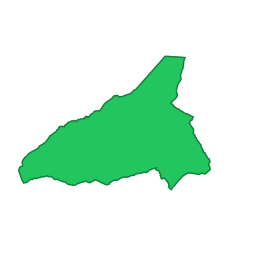 outline of Cidelândia, Maranhão, Brazil, rotated 288°
{"feature_id": "56859067B11209139502927", "entity_name": "Cidelândia", "entity_type": "district", "adm_level": 2, "iso_a3": "BRA", "parent_name": "Brazil", "parent_adm1": "Maranhão", "projection": "albers", "projection_center": [-47.853, -5.056], "detail": "fine", "context": "isolated", "style": "filled", "palette": "green", "viewbox_px": 256, "rotation_deg": 288, "n_neighbors": 0, "source": "geoboundaries", "source_scale": "gbopen_adm2", "svg_char_len": 3459}
<svg xmlns="http://www.w3.org/2000/svg" viewBox="0 0 256 256"><g transform="rotate(288 128 128)"><path d="M43.4,45.9L44.2,46.9L44.8,48.2L46.6,49.6L48.2,50.5L49.3,51.7L49.5,53.0L50.5,53.9L51.6,54.9L51.4,56.3L52.6,57.5L53.8,59.9L55.1,60.9L55.1,62.0L55.5,62.8L56.2,63.9L57.5,65.9L57.1,67.3L57.9,69.3L57.7,70.7L57.4,72.0L57.2,73.1L56.3,73.8L56.6,74.8L57.1,76.0L57.5,76.8L57.0,79.0L57.0,80.3L56.8,83.5L57.2,85.2L56.5,86.5L56.1,87.8L56.0,89.9L56.5,91.3L56.4,92.3L56.5,93.3L57.1,94.6L57.8,95.9L59.5,97.3L61.9,100.4L62.5,101.6L63.4,102.7L64.4,105.0L64.0,107.5L64.1,108.5L64.8,109.3L65.6,109.9L66.2,110.8L67.6,111.9L68.8,112.6L67.2,124.8L68.7,127.4L69.6,127.2L71.9,128.8L73.7,130.6L75.4,134.4L78.0,136.4L79.2,137.9L80.6,140.5L80.7,141.6L81.8,143.8L83.8,145.8L84.3,146.8L84.7,148.3L86.7,149.6L89.0,154.2L90.1,155.9L91.0,157.0L91.0,158.6L91.8,159.7L93.3,160.9L94.7,161.3L95.5,162.9L96.4,163.4L98.1,166.1L98.8,167.1L97.0,167.2L96.8,168.6L97.0,170.0L96.3,171.3L94.9,172.0L94.0,173.3L92.9,173.3L91.9,174.2L90.4,175.0L90.0,176.1L91.5,177.8L90.7,180.3L89.5,180.9L89.1,182.4L87.5,183.7L86.5,184.7L85.1,184.6L84.1,185.2L83.7,186.1L83.1,186.9L82.8,188.3L85.7,188.8L86.4,189.4L88.5,190.4L93.3,192.2L94.7,192.8L95.8,193.5L99.6,195.2L101.3,196.6L103.1,198.3L103.8,199.2L104.4,201.3L104.9,203.7L105.2,206.0L105.6,208.2L105.7,209.8L106.6,210.8L107.9,212.1L107.9,213.7L108.1,215.5L109.1,216.3L110.0,216.8L111.1,217.4L112.6,218.3L114.1,219.0L115.5,218.0L116.5,217.7L117.4,216.2L119.0,216.0L120.1,216.3L121.4,216.4L122.3,215.7L123.6,214.8L123.9,213.4L124.4,212.5L125.6,211.6L126.0,210.1L127.6,209.7L128.2,208.9L128.2,207.1L129.8,206.8L131.0,205.1L132.1,204.2L133.0,203.1L134.7,202.4L135.3,200.9L136.2,200.0L137.1,198.7L137.6,197.8L138.4,196.8L139.6,196.1L140.1,194.8L141.9,193.7L142.5,192.2L144.6,191.5L146.2,190.9L147.1,190.7L147.8,189.5L148.6,188.8L149.7,186.9L150.6,186.3L151.3,184.9L154.8,185.2L155.2,186.3L156.2,186.5L157.7,186.4L158.6,186.7L158.8,185.0L158.7,183.5L159.6,182.1L159.7,179.7L159.5,177.6L160.5,174.3L160.6,172.5L161.7,170.4L161.5,168.4L162.2,166.8L162.4,165.6L164.2,163.1L164.4,161.2L167.3,162.1L171.1,164.3L172.8,164.8L174.8,164.6L176.0,164.0L178.1,162.5L181.3,162.1L185.0,162.0L188.0,162.7L189.5,163.3L191.1,163.3L194.2,161.7L195.2,161.5L197.4,161.7L198.9,161.4L201.2,161.8L202.5,161.7L206.0,161.0L208.5,160.4L212.6,160.5L210.7,152.4L209.9,149.7L208.9,145.7L207.7,141.2L167.0,123.5L165.9,122.2L164.9,121.6L162.9,120.5L161.1,119.4L159.4,116.8L157.5,114.4L155.8,112.4L154.9,109.8L155.4,109.0L155.6,107.4L154.5,105.3L153.4,104.2L151.7,103.9L151.1,103.3L150.1,102.6L148.7,101.9L147.9,100.9L145.1,99.0L143.7,98.1L140.3,97.2L138.6,96.8L137.3,96.3L136.2,96.0L135.4,95.4L135.2,94.4L134.6,92.9L134.2,91.7L132.9,90.6L131.4,90.4L130.6,89.1L129.5,88.6L128.3,88.1L126.8,87.8L126.3,86.0L125.4,86.5L125.4,85.6L126.1,84.5L125.0,83.8L124.1,83.2L123.4,83.9L121.8,80.0L121.1,79.2L120.6,78.1L119.6,77.2L118.2,77.0L118.6,75.0L118.0,74.1L117.6,72.9L117.0,71.8L115.9,71.0L115.0,69.4L113.1,68.7L111.0,67.0L109.7,67.5L109.4,65.7L109.0,64.3L108.3,62.7L107.4,62.0L105.6,62.2L104.4,61.1L103.0,61.0L100.7,59.4L99.8,58.7L98.4,57.8L97.3,57.1L96.4,56.2L93.2,55.4L91.4,54.7L89.5,54.2L88.5,53.7L87.7,52.8L86.3,52.1L83.7,49.4L81.6,49.0L79.3,47.4L76.4,44.4L74.6,42.8L72.9,41.5L70.9,40.6L69.5,40.3L68.4,39.1L67.0,38.7L66.1,38.3L63.2,37.8L61.8,38.3L61.0,38.9L59.8,39.3L58.5,38.8L58.1,37.8L57.0,37.1L55.0,37.2L54.0,37.0L45.5,43.5L43.4,45.9Z" fill="#22c55e" stroke="#15803d" stroke-width="1.5"/></g></svg>